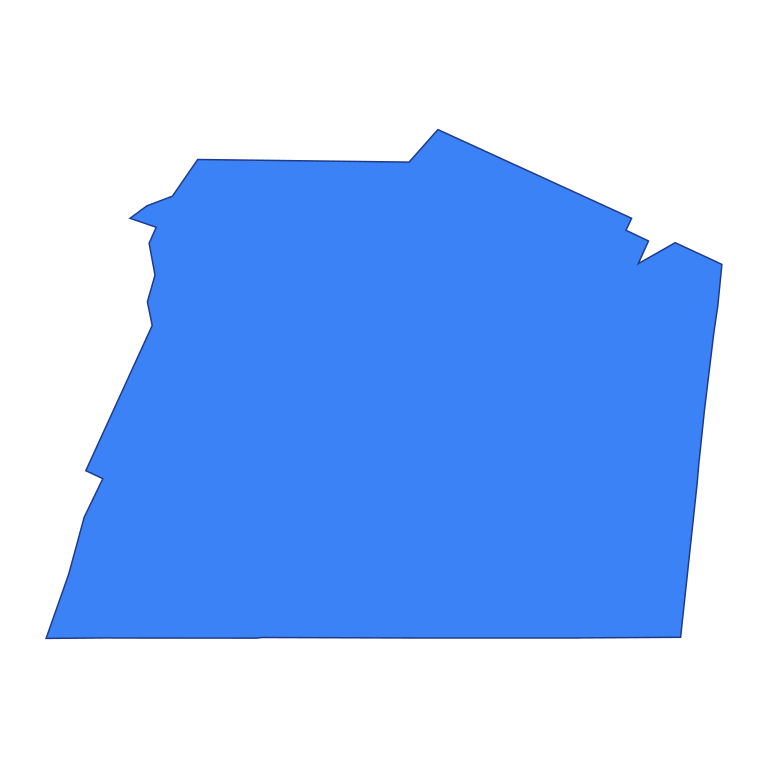 the district of Polk, Tennessee, United States of America
{"feature_id": "52423323B82941732188534", "entity_name": "Polk", "entity_type": "district", "adm_level": 2, "iso_a3": "USA", "parent_name": "United States of America", "parent_adm1": "Tennessee", "projection": "mercator", "projection_center": [-84.522, 35.137], "detail": "fine", "context": "isolated", "style": "filled", "palette": "blue", "viewbox_px": 768, "rotation_deg": 0, "n_neighbors": 0, "source": "geoboundaries", "source_scale": "gbopen_adm2", "svg_char_len": 596}
<svg xmlns="http://www.w3.org/2000/svg" viewBox="0 0 768 768"><path d="M680.6,637.3L697.2,482.9L699.2,459.2L699.4,458.5L704.5,409.8L714.0,331.5L717.8,305.9L721.9,264.5L721.9,264.4L675.2,242.7L638.3,263.6L648.5,241.0L626.0,230.3L631.6,218.3L437.9,129.6L409.1,162.1L197.7,159.5L172.4,196.2L147.1,205.7L130.0,218.3L156.2,227.3L149.1,243.3L155.0,275.1L147.4,301.9L152.2,325.5L85.8,470.7L102.8,478.7L84.2,517.2L68.7,574.2L46.1,638.4L108.7,637.9L113.8,638.0L257.0,638.1L261.8,637.5L417.8,638.0L419.0,638.0L578.5,638.0L579.9,637.9L680.6,637.3Z" fill="#3b82f6" stroke="#1e3a8a" stroke-width="1.5"/></svg>